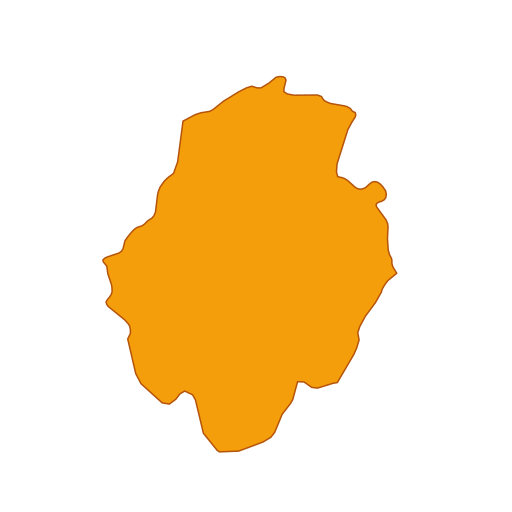 SVG path tracing the border of Lozère, rotated 45°
{"feature_id": "FRA-5320", "entity_name": "Lozère", "entity_type": "Metropolitan department", "adm_level": 1, "iso_a3": "FRA", "parent_name": "France", "parent_adm1": "", "projection": "mercator", "projection_center": [3.454, 44.535], "detail": "fine", "context": "isolated", "style": "filled", "palette": "amber", "viewbox_px": 512, "rotation_deg": 45, "n_neighbors": 0, "source": "natural_earth", "source_scale": "10m", "svg_char_len": 2052}
<svg xmlns="http://www.w3.org/2000/svg" viewBox="0 0 512 512"><g transform="rotate(45 256 256)"><path d="M403.0,288.0L400.5,291.5L392.9,305.9L388.3,309.5L379.0,311.1L374.3,315.5L383.5,331.5L384.7,335.9L386.4,349.4L393.9,367.4L394.7,373.5L392.5,382.5L381.7,406.2L368.7,420.3L366.0,420.9L344.1,418.5L315.0,400.6L309.3,399.0L301.1,401.9L299.7,407.2L300.6,414.1L299.4,422.0L293.5,426.2L265.0,427.6L254.1,424.2L224.0,405.4L221.9,399.5L219.1,396.8L216.4,395.0L213.7,394.3L208.3,394.0L187.1,396.2L184.6,395.7L182.5,394.6L181.7,391.6L181.5,388.9L180.9,385.8L179.5,383.0L176.5,380.2L174.0,378.4L163.9,373.4L157.6,368.7L152.0,368.1L150.5,366.9L150.7,363.9L151.8,361.2L157.0,350.8L157.5,347.9L156.9,345.0L152.6,337.9L151.7,332.9L151.1,326.3L151.1,323.3L151.5,320.6L152.6,318.0L154.0,315.4L154.6,312.3L154.5,308.6L154.9,305.7L155.6,303.0L155.4,299.9L153.9,296.1L142.8,281.9L141.1,279.0L139.5,275.2L138.3,268.5L138.2,264.5L138.5,261.0L139.0,258.5L139.2,255.7L134.0,244.8L109.0,212.2L113.1,198.9L115.8,193.6L120.9,186.6L122.0,183.3L123.6,169.3L127.7,152.0L130.3,144.0L132.9,139.0L137.9,136.3L140.7,133.5L142.9,124.5L143.8,115.3L145.8,112.4L148.3,110.2L150.8,109.5L152.9,110.5L157.4,117.8L159.5,120.1L163.5,119.3L169.1,115.5L185.6,98.7L189.6,96.9L192.0,97.6L194.5,97.8L197.5,96.9L200.9,95.4L212.7,87.1L214.8,86.0L218.4,85.0L222.0,85.5L224.7,84.4L226.9,85.8L228.0,87.9L229.1,93.3L231.6,101.7L248.2,133.6L253.6,139.8L257.7,142.1L261.7,139.6L264.3,138.5L267.4,137.8L277.2,137.3L279.9,136.7L282.5,135.1L284.1,132.8L285.1,130.1L285.4,124.4L285.8,121.8L287.2,119.6L289.4,118.0L292.5,117.3L296.2,117.3L301.4,118.2L304.5,120.2L306.5,123.0L306.9,125.6L306.3,128.1L305.0,130.6L304.2,132.8L304.7,134.9L306.5,136.0L322.5,138.5L326.1,140.0L328.7,142.0L336.7,150.8L345.3,158.3L349.2,160.5L353.5,161.9L355.2,163.0L357.0,164.9L358.9,166.1L360.6,166.9L367.7,168.7L366.6,180.4L367.4,185.4L368.6,189.9L369.2,191.3L370.1,192.6L373.4,204.4L375.9,221.2L379.2,232.3L382.1,238.2L388.3,242.5L392.4,250.2L394.8,256.5L403.0,288.0Z" fill="#f59e0b" stroke="#b45309" stroke-width="1.5"/></g></svg>